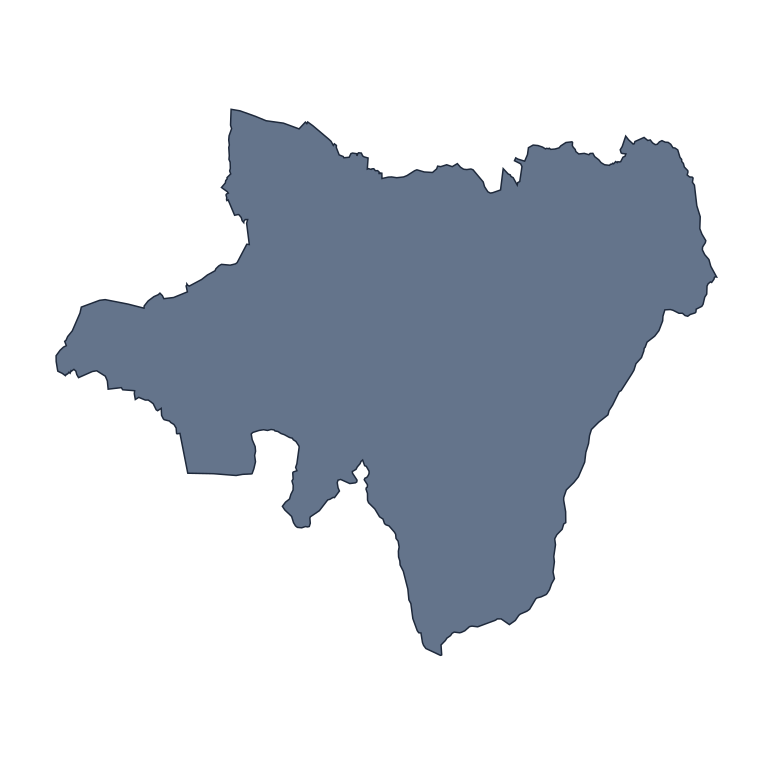 SAG, Salaj, Romania, rotated 272°
{"feature_id": "2599482B5262468185664", "entity_name": "SAG", "entity_type": "district", "adm_level": 2, "iso_a3": "ROU", "parent_name": "Romania", "parent_adm1": "Salaj", "projection": "robinson", "projection_center": [22.788, 47.047], "detail": "fine", "context": "isolated", "style": "filled", "palette": "slate", "viewbox_px": 768, "rotation_deg": 272, "n_neighbors": 0, "source": "geoboundaries", "source_scale": "gbopen_adm2", "svg_char_len": 6142}
<svg xmlns="http://www.w3.org/2000/svg" viewBox="0 0 768 768"><g transform="rotate(272 384 384)"><path d="M502.5,712.7L513.0,706.5L519.7,704.4L524.5,700.0L529.2,697.5L532.0,697.6L536.4,700.2L538.5,700.6L544.9,696.5L550.3,694.2L562.2,694.2L573.1,690.4L593.6,687.3L596.4,685.2L600.6,685.7L601.5,684.8L601.6,682.2L603.5,679.7L606.5,680.4L607.9,680.1L611.3,676.6L614.9,675.5L616.8,673.8L618.9,673.6L620.8,671.9L628.2,669.4L630.0,666.6L630.2,664.5L633.6,662.2L635.4,659.5L635.5,656.6L636.9,653.3L635.6,650.8L633.1,648.7L632.7,646.7L634.4,643.9L637.2,641.6L636.6,639.1L639.5,635.3L635.1,626.3L632.8,625.6L632.5,624.6L636.6,619.9L640.2,616.9L629.7,613.8L626.3,611.9L623.3,612.9L622.7,613.9L622.4,617.7L620.0,616.9L619.0,614.9L614.5,612.8L614.1,611.5L614.3,609.9L613.4,609.3L614.4,607.8L612.1,605.8L612.6,604.9L611.6,603.9L611.5,602.6L610.4,601.8L610.8,596.8L612.8,593.2L615.5,590.9L618.6,586.6L621.8,584.7L621.6,581.9L620.3,580.8L621.5,576.1L620.7,570.6L623.0,567.6L625.1,566.9L627.3,564.8L628.8,563.9L632.0,564.0L632.6,563.4L631.7,557.4L628.2,552.4L626.1,550.7L624.8,546.7L624.3,542.4L625.4,540.9L624.9,540.3L625.2,538.2L624.6,537.2L626.3,534.2L627.7,529.5L628.0,524.7L625.2,520.1L618.3,519.4L611.6,516.8L613.5,509.8L614.6,507.8L611.7,506.6L608.8,512.9L606.1,514.3L591.1,512.6L589.9,510.6L587.5,510.2L594.7,505.9L595.8,503.7L597.4,502.9L598.2,500.8L603.4,495.6L582.0,493.7L579.0,486.0L578.5,483.7L579.7,481.1L584.7,477.6L589.4,476.1L601.2,465.5L601.9,463.4L601.2,459.3L601.4,456.1L603.3,452.9L606.8,449.6L603.6,444.6L605.3,439.0L603.2,433.1L603.6,430.0L600.8,429.1L597.1,425.1L597.3,416.9L599.2,409.4L598.2,407.1L593.1,399.7L591.6,396.3L590.6,389.5L591.2,384.4L590.9,381.0L589.3,374.8L594.6,374.5L594.8,373.0L594.2,372.9L594.2,371.7L595.7,371.7L597.0,370.2L596.9,367.9L598.8,366.3L598.6,364.4L598.0,363.7L598.7,360.9L598.2,359.8L609.3,360.2L610.3,356.2L611.2,354.7L614.0,353.3L614.2,350.6L613.5,349.8L611.0,349.0L613.2,348.7L613.7,344.5L613.1,342.9L609.4,341.3L608.7,336.0L609.9,335.3L611.4,331.2L618.6,328.1L620.8,328.1L622.3,326.0L620.7,325.0L624.7,322.6L626.8,320.2L639.7,303.8L643.2,298.6L641.5,297.8L643.0,296.3L636.0,290.2L641.2,274.4L643.0,256.9L647.0,246.2L652.0,230.5L653.2,221.6L637.3,221.6L633.9,222.8L626.6,220.5L622.5,220.3L617.4,221.1L615.0,220.6L606.9,221.4L603.1,221.2L600.3,222.5L594.1,222.9L591.6,222.3L588.6,223.5L584.8,219.9L583.6,220.1L581.7,218.7L579.4,218.4L574.7,214.7L570.7,220.7L569.3,221.7L568.4,220.0L567.4,219.5L564.8,220.3L562.6,220.2L561.8,220.6L562.6,221.8L547.4,228.8L548.3,232.4L548.0,233.2L545.4,235.5L542.3,236.5L540.4,238.2L541.8,238.3L543.5,239.6L543.6,242.0L539.8,241.1L518.7,244.5L518.9,242.0L500.2,233.0L498.9,231.4L497.4,226.1L497.9,217.4L496.3,214.8L493.4,212.0L491.3,211.2L486.8,203.7L482.1,198.1L475.1,186.0L475.6,184.7L477.1,183.5L475.7,183.5L475.1,182.8L469.2,184.3L463.1,170.7L461.6,161.0L464.6,159.4L467.0,156.9L465.4,155.3L463.3,151.0L458.8,145.4L453.6,141.6L451.4,141.5L454.9,125.5L458.6,102.4L457.7,96.8L450.3,78.8L444.3,77.7L426.2,70.6L420.4,66.2L416.6,64.7L415.5,63.4L411.2,65.2L409.7,62.4L406.4,59.1L400.8,55.3L395.0,55.6L386.9,57.2L385.4,57.6L383.4,62.1L381.2,65.3L382.6,66.1L382.4,66.5L383.4,67.8L384.8,68.7L383.8,69.9L386.3,70.8L385.9,71.2L387.8,73.6L386.1,75.6L382.8,76.6L379.7,78.5L386.3,92.1L387.2,96.4L382.1,105.2L377.4,107.4L369.2,108.5L371.2,121.6L369.1,123.1L368.6,135.0L365.6,134.8L359.8,136.0L362.1,139.4L359.6,146.0L359.7,149.0L356.3,154.0L350.3,157.2L349.4,158.7L351.9,162.2L344.9,162.8L341.6,164.6L340.7,165.5L339.5,170.9L338.1,172.2L336.2,175.5L332.7,177.8L327.5,178.4L327.0,178.9L327.5,181.8L288.0,191.0L288.4,216.7L287.4,239.4L288.8,246.0L289.5,254.6L289.8,255.3L294.7,256.9L301.8,258.3L308.1,257.2L312.3,258.0L317.0,257.4L323.8,254.2L328.7,253.2L329.5,253.1L331.0,254.6L333.2,260.7L334.1,265.3L333.5,269.2L334.6,272.7L334.3,275.7L333.3,276.6L332.8,279.7L330.9,282.8L329.9,286.1L327.3,291.3L326.6,294.3L325.1,295.3L323.5,298.0L319.1,301.1L318.0,301.4L301.2,299.7L297.6,298.6L294.3,300.0L292.9,296.4L292.0,295.9L285.9,296.5L283.9,295.4L279.5,296.8L274.8,296.8L270.5,294.8L265.8,293.6L262.5,289.7L258.2,286.7L254.6,289.3L248.4,296.3L242.3,298.4L239.1,300.5L237.7,302.4L237.4,306.8L238.8,310.4L238.5,312.7L239.0,314.3L242.3,315.2L247.2,314.6L248.7,315.0L255.1,323.8L266.2,331.8L266.9,334.0L268.9,337.1L268.7,338.5L275.5,343.2L278.7,341.7L283.8,340.7L286.3,341.4L287.1,344.0L283.3,353.3L284.2,358.8L285.2,360.2L287.0,360.4L293.8,355.6L295.4,355.4L297.7,359.0L300.2,360.2L303.6,362.9L305.8,363.7L307.3,365.3L301.7,367.5L301.1,369.2L296.3,372.1L294.2,372.2L292.0,371.4L290.0,370.0L289.2,368.2L287.6,367.6L282.7,371.0L280.4,370.9L279.6,369.9L278.3,369.7L274.1,371.3L267.4,371.6L264.8,372.7L258.8,379.2L251.1,384.2L249.0,387.7L244.5,389.4L243.3,390.9L242.4,393.9L236.3,399.6L234.2,400.9L230.1,401.4L227.4,403.6L221.6,404.8L217.4,404.2L211.6,404.6L207.7,406.0L203.7,406.4L197.6,409.8L179.8,415.0L169.1,416.4L165.5,418.5L150.6,421.0L138.7,425.8L136.6,427.4L136.5,429.6L126.9,431.5L124.1,432.7L121.1,435.1L114.8,449.8L115.1,451.0L115.5,451.1L125.2,450.1L129.8,454.3L132.2,455.7L134.9,459.3L137.2,460.7L138.5,462.8L138.0,468.3L138.5,470.0L140.2,473.4L144.5,477.9L145.1,480.4L144.6,486.1L151.9,503.8L153.2,505.4L153.3,509.3L147.9,517.7L152.3,523.5L157.4,526.7L158.8,528.2L162.0,534.9L164.0,537.4L174.6,543.2L175.6,544.5L176.7,548.3L179.2,553.3L180.3,554.3L184.3,556.6L190.3,558.5L195.4,561.1L202.0,559.5L212.2,560.5L217.5,559.7L229.3,561.0L235.2,560.0L239.4,562.0L245.0,567.1L250.4,568.5L251.8,570.5L262.7,570.0L274.3,567.6L276.9,567.6L284.5,569.9L292.2,577.2L298.0,581.5L312.9,587.3L322.7,588.1L331.6,590.5L339.6,591.2L345.8,592.9L353.3,599.9L361.0,608.9L365.4,609.9L370.9,613.2L384.5,619.3L385.7,621.2L402.6,631.2L406.5,633.3L413.1,635.1L419.4,640.4L426.0,642.5L428.8,642.8L429.8,643.7L435.0,645.4L441.3,652.9L446.9,656.9L456.8,660.3L461.4,660.4L467.9,662.1L468.4,667.6L467.8,670.2L465.0,676.3L465.1,679.8L462.9,682.5L462.3,685.2L464.2,687.6L465.9,692.4L466.8,693.2L469.7,693.4L472.7,698.9L474.8,700.1L481.9,701.5L485.1,703.4L493.1,703.4L495.4,704.4L497.4,706.6L496.9,707.9L500.2,710.1L502.1,710.5L502.6,711.2L502.5,712.7Z" fill="#64748b" stroke="#1e293b" stroke-width="1.5"/></g></svg>